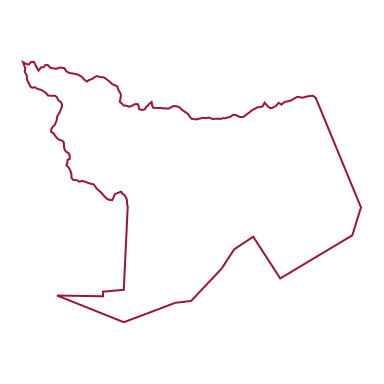 the district of Santa Cruz dos Milagres, Piauí, Brazil
{"feature_id": "56859067B5248351450289", "entity_name": "Santa Cruz dos Milagres", "entity_type": "district", "adm_level": 2, "iso_a3": "BRA", "parent_name": "Brazil", "parent_adm1": "Piauí", "projection": "albers", "projection_center": [-41.95, -5.915], "detail": "fine", "context": "isolated", "style": "outline", "palette": "rose", "viewbox_px": 384, "rotation_deg": 0, "n_neighbors": 0, "source": "geoboundaries", "source_scale": "gbopen_adm2", "svg_char_len": 2542}
<svg xmlns="http://www.w3.org/2000/svg" viewBox="0 0 384 384"><path d="M352.3,235.3L354.1,229.5L359.2,213.1L361.0,207.4L355.7,194.7L348.0,176.0L315.7,97.8L313.1,95.9L310.1,96.0L306.6,96.5L302.5,97.7L297.4,96.8L294.3,98.5L290.7,100.6L287.5,101.4L285.0,101.8L283.2,103.0L281.5,104.6L278.7,102.8L275.9,105.9L273.1,107.6L270.4,108.3L267.9,106.4L264.6,102.7L262.5,106.5L260.1,107.1L257.5,107.3L254.2,109.1L251.6,110.5L249.3,112.5L246.7,114.4L244.8,115.9L243.0,117.0L240.2,117.1L237.7,116.0L235.7,115.0L233.0,114.8L230.5,116.8L227.5,117.5L225.3,118.3L222.9,118.2L220.7,118.9L217.9,118.7L215.3,118.8L212.6,119.0L210.6,118.2L208.5,117.5L206.3,118.2L203.1,117.8L199.1,118.7L196.0,119.4L193.6,119.1L191.4,118.7L189.5,116.2L187.6,113.6L184.6,111.6L181.6,109.6L179.4,107.2L176.3,106.2L173.6,106.0L171.6,107.0L168.5,108.6L165.2,108.4L162.5,108.3L160.1,107.8L156.7,108.1L153.1,107.7L152.1,105.1L151.6,102.0L149.5,103.6L148.0,105.3L146.3,106.9L144.7,109.4L142.0,110.0L139.2,109.2L138.7,106.3L137.8,104.1L134.7,104.2L132.0,105.8L128.9,106.7L126.3,105.7L123.8,105.5L122.1,103.8L119.7,101.7L120.4,98.8L120.9,95.4L120.3,92.8L118.9,91.1L118.1,88.7L116.9,86.0L114.3,85.1L112.1,84.0L109.9,81.9L106.9,79.5L104.1,77.5L99.3,76.8L96.9,76.0L94.0,77.6L91.8,79.2L88.9,80.0L87.0,81.6L84.2,79.6L81.8,76.7L77.8,74.6L73.5,73.6L69.2,73.0L66.2,71.2L64.5,68.3L62.0,67.7L59.4,67.6L56.3,68.8L53.5,68.4L50.3,67.7L47.6,64.9L45.3,65.1L43.5,67.2L40.9,67.5L38.5,70.6L36.1,66.3L34.9,64.1L34.1,62.0L31.3,61.8L28.8,64.6L25.9,63.8L23.0,62.2L25.3,68.4L24.7,71.7L26.7,75.4L27.2,80.1L28.8,83.2L30.3,86.5L32.1,87.7L35.0,87.3L37.7,89.0L40.7,89.7L43.9,91.5L46.1,93.1L47.9,95.5L51.8,95.8L54.9,95.7L56.8,97.1L58.4,100.3L60.7,102.0L61.9,103.9L62.1,106.4L60.8,109.1L59.8,112.1L58.4,114.3L57.2,116.6L56.6,120.6L54.7,125.0L52.6,126.9L51.2,129.4L51.1,131.8L53.8,133.5L55.6,136.5L57.3,138.4L59.7,140.0L62.1,140.6L63.7,142.1L63.9,144.7L64.2,148.3L65.7,151.4L68.5,153.0L69.8,155.8L69.7,158.9L67.6,159.8L67.3,162.8L66.4,165.4L68.8,167.7L70.4,170.9L71.4,174.0L71.5,177.8L73.1,179.8L77.1,180.3L79.2,181.7L81.8,180.9L84.4,181.5L87.6,182.7L90.4,183.7L93.7,184.4L96.5,188.3L99.3,190.9L101.7,193.1L103.8,195.7L107.0,198.9L109.9,200.0L112.2,200.2L113.5,197.5L114.7,194.3L117.5,193.0L121.2,191.6L122.2,193.6L124.5,195.1L126.2,197.7L126.9,200.2L127.1,204.0L127.7,207.0L123.8,289.8L102.9,291.7L103.1,296.3L57.0,295.5L123.8,322.2L127.5,320.8L155.5,310.3L175.1,302.8L191.0,301.0L214.7,276.0L221.7,268.5L234.2,249.3L253.2,236.7L280.2,278.4L285.3,275.4L352.3,235.3Z" fill="none" stroke="#9f1239" stroke-width="2"/></svg>